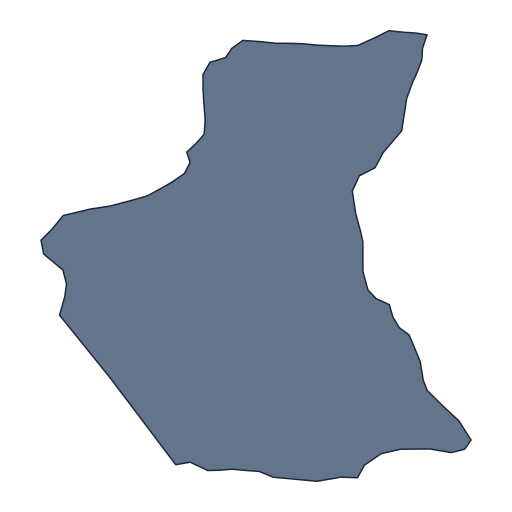 the district of Tibau do Sul, Rio Grande do Norte, Brazil, rotated 270°
{"feature_id": "56859067B6492648908192", "entity_name": "Tibau do Sul", "entity_type": "district", "adm_level": 2, "iso_a3": "BRA", "parent_name": "Brazil", "parent_adm1": "Rio Grande do Norte", "projection": "mercator", "projection_center": [-35.09, -6.24], "detail": "fine", "context": "isolated", "style": "filled", "palette": "slate", "viewbox_px": 512, "rotation_deg": 270, "n_neighbors": 0, "source": "geoboundaries", "source_scale": "gbopen_adm2", "svg_char_len": 1186}
<svg xmlns="http://www.w3.org/2000/svg" viewBox="0 0 512 512"><g transform="rotate(270 256 256)"><path d="M47.3,175.7L49.8,190.3L41.5,207.7L41.7,218.8L42.8,232.1L41.5,246.3L40.6,259.1L34.8,273.1L30.7,317.1L34.8,340.4L34.3,357.5L46.9,364.5L58.3,381.2L62.8,400.6L63.0,429.9L59.4,451.4L62.8,464.7L72.0,471.0L91.0,459.0L105.6,443.3L121.5,427.2L131.9,423.2L150.5,420.2L176.9,409.2L184.3,399.3L194.9,392.9L207.4,389.3L213.3,376.2L222.2,367.9L240.6,362.9L253.9,362.9L270.2,362.9L281.2,360.4L298.5,355.7L320.9,352.3L336.2,359.3L344.3,375.1L359.5,383.2L368.7,391.1L381.3,401.7L413.6,406.7L429.7,412.6L440.0,417.3L451.9,421.8L463.6,422.5L477.2,427.0L479.0,415.5L479.7,404.4L481.3,388.9L474.6,375.6L466.5,357.7L465.8,344.2L466.3,329.8L466.9,317.1L468.3,302.0L468.7,289.2L468.7,275.8L470.3,261.6L471.6,242.9L463.6,231.8L454.4,225.5L449.7,210.0L437.5,203.0L422.7,203.0L405.5,204.1L392.0,205.2L377.7,204.1L368.7,196.2L359.9,186.7L349.6,190.1L338.6,184.5L329.4,171.2L322.9,159.7L316.2,147.5L311.5,131.2L305.9,109.8L303.0,90.6L296.5,63.3L282.8,52.0L271.8,41.0L257.9,43.7L242.0,62.9L228.1,66.5L214.8,64.7L196.9,59.5L133.7,110.5L47.3,175.7Z" fill="#64748b" stroke="#1e293b" stroke-width="1.5"/></g></svg>